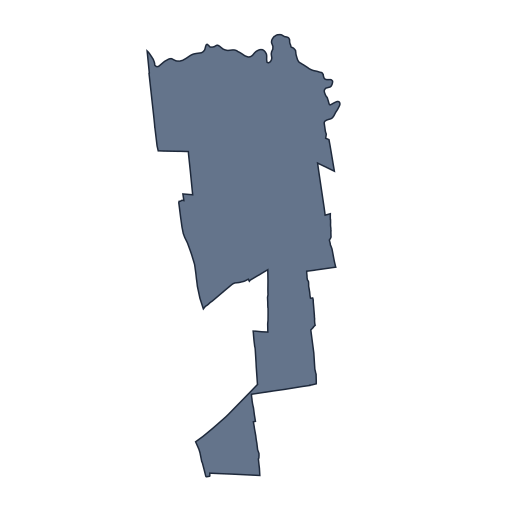 Frumusita, Galati, Romania (Natural Earth projection), rotated 266°
{"feature_id": "2599482B14808563602686", "entity_name": "Frumusita", "entity_type": "district", "adm_level": 2, "iso_a3": "ROU", "parent_name": "Romania", "parent_adm1": "Galati", "projection": "natural_earth1", "projection_center": [28.083, 45.663], "detail": "fine", "context": "isolated", "style": "filled", "palette": "slate", "viewbox_px": 512, "rotation_deg": 266, "n_neighbors": 0, "source": "geoboundaries", "source_scale": "gbopen_adm2", "svg_char_len": 6086}
<svg xmlns="http://www.w3.org/2000/svg" viewBox="0 0 512 512"><g transform="rotate(266 256 256)"><path d="M229.9,195.4L217.8,197.1L206.9,199.8L209.3,202.0L210.4,204.0L211.4,205.4L212.3,206.4L213.0,207.4L214.0,209.1L218.6,215.4L219.8,217.0L224.5,223.4L229.2,229.9L230.0,231.3L230.6,233.0L230.7,236.8L230.9,238.5L231.3,240.4L231.3,241.0L231.8,243.0L233.4,246.7L231.3,247.6L232.3,248.5L236.3,256.4L236.9,257.8L238.9,261.6L241.5,266.8L230.2,266.2L221.5,265.5L217.5,265.3L216.6,265.3L213.9,264.6L209.0,264.5L205.8,264.3L204.5,264.3L204.2,264.2L203.3,264.4L198.6,264.1L191.0,263.5L187.4,262.9L179.3,262.5L180.0,256.5L181.0,250.7L181.3,247.9L179.0,248.0L176.8,248.0L171.9,248.1L165.8,248.4L164.9,248.6L163.5,248.7L161.3,248.7L149.2,248.6L145.4,248.5L128.1,248.5L127.8,248.6L121.2,241.3L99.6,217.0L97.5,214.5L87.6,201.5L79.7,190.5L74.9,182.8L67.1,185.6L63.6,186.4L54.9,187.5L53.2,188.1L45.7,189.5L40.1,190.5L39.5,190.7L39.3,191.0L39.2,191.4L39.3,192.2L39.5,194.3L39.8,194.6L42.6,194.7L41.5,204.2L40.1,216.9L36.8,244.5L43.9,244.6L48.0,244.4L53.4,244.2L53.9,244.5L54.3,244.8L56.8,245.1L58.8,245.2L62.6,244.1L69.0,243.8L73.0,243.4L76.9,243.2L84.2,242.4L85.9,242.3L90.8,241.8L91.1,243.9L97.7,243.3L104.6,242.9L106.4,242.6L108.5,242.3L112.0,242.0L113.5,242.0L115.9,241.8L117.3,241.8L118.4,241.8L120.2,264.4L120.9,274.7L122.6,293.2L123.1,300.7L123.4,300.7L123.5,302.6L124.3,307.2L127.2,307.4L133.9,307.7L135.6,307.3L136.7,307.2L139.0,306.8L155.3,306.9L178.4,305.5L180.9,308.3L181.2,308.3L182.8,310.2L183.0,310.1L184.1,310.0L184.9,309.9L186.6,309.9L187.4,309.9L188.3,310.0L189.4,310.1L191.3,310.0L192.1,310.1L200.6,310.0L206.0,309.9L207.8,310.0L209.0,309.9L210.2,309.6L210.0,307.6L210.1,307.4L212.5,307.1L216.7,307.0L217.1,306.9L218.8,306.8L222.2,306.4L222.7,306.4L223.1,306.5L226.2,306.6L227.1,306.5L228.6,305.6L231.1,305.4L232.5,305.5L235.2,305.4L237.3,305.5L237.7,313.0L237.9,314.8L238.8,327.6L239.0,330.2L239.1,331.5L239.3,334.8L240.1,334.6L245.7,333.7L254.4,332.7L256.9,332.4L258.1,332.2L260.5,331.5L261.1,331.3L261.6,331.0L263.4,330.9L266.6,330.3L266.9,330.3L267.8,331.1L268.9,331.8L269.5,332.1L270.1,332.2L271.2,332.2L273.3,332.3L275.3,332.4L275.8,332.6L276.6,332.5L277.2,332.5L278.5,332.6L280.3,332.5L281.3,332.5L283.0,332.6L283.6,332.7L287.1,332.9L287.3,332.7L287.5,332.7L288.4,332.8L289.4,332.8L293.0,333.1L291.9,327.8L295.7,327.6L300.0,327.3L336.0,324.5L344.4,323.9L335.1,340.1L360.8,337.6L367.0,336.9L368.6,333.7L371.6,334.4L372.7,334.6L374.1,334.2L375.5,333.9L383.9,333.3L384.5,333.4L385.1,333.7L385.7,334.2L386.1,334.8L386.7,336.2L387.1,337.6L387.5,339.6L387.9,340.8L388.3,341.5L388.8,342.1L389.7,342.9L390.6,343.6L393.6,345.4L396.5,347.6L398.8,349.0L400.2,349.8L401.1,350.2L401.9,350.3L402.7,350.3L403.2,350.1L403.9,349.7L404.2,349.3L404.4,348.6L404.5,347.9L404.2,346.8L403.4,344.7L402.0,341.7L401.6,340.7L401.7,340.2L401.9,339.9L402.3,339.7L403.1,339.4L404.3,339.2L405.7,338.9L407.4,338.5L408.7,338.2L409.5,337.9L409.7,337.6L409.9,337.4L410.5,337.1L411.8,336.5L413.1,336.1L414.5,335.7L415.3,335.6L415.9,335.6L416.7,335.8L417.4,336.2L418.4,337.2L418.6,337.5L419.4,341.6L419.6,342.0L419.8,342.3L420.1,342.7L420.8,343.2L421.8,343.8L423.2,344.3L424.0,344.5L424.5,344.6L425.1,344.6L425.5,344.3L425.9,344.0L426.5,343.4L426.8,342.5L426.9,340.1L427.0,338.9L427.4,337.6L427.6,337.4L427.8,337.0L428.3,336.7L429.0,336.2L430.9,335.8L432.4,335.7L433.6,335.0L434.1,334.7L434.5,334.1L434.8,332.8L435.3,331.5L435.8,330.3L436.2,329.1L436.7,327.2L437.1,326.0L437.9,324.2L439.2,322.0L440.2,320.9L441.8,318.8L442.6,317.7L443.4,316.7L444.0,315.7L444.8,314.7L446.2,312.6L447.8,311.6L449.0,311.1L451.6,310.5L453.5,310.1L454.9,309.9L456.3,309.9L457.6,309.8L458.2,309.8L459.3,309.1L460.3,308.3L460.8,307.8L461.5,306.7L461.6,306.2L461.9,305.7L462.6,305.4L463.8,305.3L465.9,304.6L467.7,304.5L469.1,304.6L469.7,304.5L470.9,304.0L471.4,303.6L471.8,303.1L472.3,302.0L472.6,300.9L472.9,299.7L473.6,298.7L474.3,297.6L474.7,297.2L474.9,296.6L475.2,295.4L475.2,292.8L475.0,292.1L474.5,291.0L473.8,289.9L473.7,289.4L472.6,288.4L471.6,287.6L471.1,287.3L470.2,286.8L469.0,286.5L468.4,286.4L467.8,286.4L467.3,286.5L464.0,287.5L461.2,287.2L458.8,285.9L457.1,285.4L455.9,285.3L453.5,285.5L452.9,285.6L452.0,285.5L451.3,285.3L450.2,284.9L448.9,283.9L448.6,283.5L447.9,282.2L447.9,281.7L448.3,280.8L448.7,280.4L449.2,280.4L451.0,280.3L453.4,280.5L454.6,280.6L455.7,280.6L456.9,280.4L458.4,279.7L459.4,279.1L460.2,278.4L460.9,277.6L461.4,276.7L461.5,275.7L461.6,274.6L461.3,273.1L460.5,271.2L460.0,270.3L459.3,269.4L458.6,268.6L456.7,266.8L456.0,265.9L455.5,265.0L455.3,264.5L455.0,263.0L455.1,262.0L455.3,261.5L456.3,259.2L457.2,257.9L458.2,256.7L459.1,255.5L460.3,253.8L461.3,252.0L462.1,251.2L462.7,249.8L462.9,249.3L463.1,248.3L463.2,247.1L463.0,242.8L463.1,241.6L463.5,240.4L463.9,239.2L464.8,237.5L466.1,236.1L467.0,235.1L467.9,234.2L468.9,232.6L469.0,232.0L468.9,231.4L468.2,229.8L467.8,229.3L467.6,228.1L467.4,226.9L467.6,225.1L467.9,224.5L469.4,223.4L470.6,222.0L470.4,221.4L470.0,221.0L468.2,220.2L467.5,220.0L466.3,219.6L465.1,219.1L464.7,218.7L463.8,217.9L463.1,216.9L462.6,215.8L462.5,215.2L462.2,210.5L461.9,208.1L461.6,206.9L461.1,205.6L460.6,204.5L459.9,203.3L458.0,200.0L456.9,197.7L456.3,196.5L456.1,195.3L455.7,193.5L456.0,190.9L456.3,189.7L457.6,187.4L458.3,186.3L458.7,185.7L458.8,184.4L458.8,183.9L458.5,182.6L456.6,178.5L455.5,176.9L455.1,176.4L454.0,174.9L453.2,173.8L452.4,172.7L451.8,171.6L451.8,170.7L451.9,169.9L452.3,169.4L453.2,168.4L453.9,168.3L454.7,168.3L455.3,168.3L456.7,168.0L459.4,167.2L460.6,166.5L461.8,165.9L465.4,163.8L466.6,163.0L467.1,162.6L468.1,161.7L447.1,162.3L446.1,162.4L445.8,162.0L400.6,163.8L394.2,164.0L391.2,164.0L390.9,164.1L372.7,165.0L367.7,165.8L367.6,167.3L367.2,170.7L365.9,185.2L365.7,188.0L365.4,190.9L364.9,195.8L362.2,195.8L345.2,196.4L321.5,197.1L323.0,187.4L316.3,187.9L316.7,186.4L316.6,185.5L315.9,184.6L315.9,183.1L314.5,182.7L300.0,183.5L289.9,184.2L283.6,185.0L279.5,186.2L273.9,188.5L265.9,190.8L261.8,191.9L252.6,194.0L251.4,194.2L242.5,194.8L237.1,195.0L236.0,195.1L232.4,195.3L229.9,195.4Z" fill="#64748b" stroke="#1e293b" stroke-width="1.5"/></g></svg>